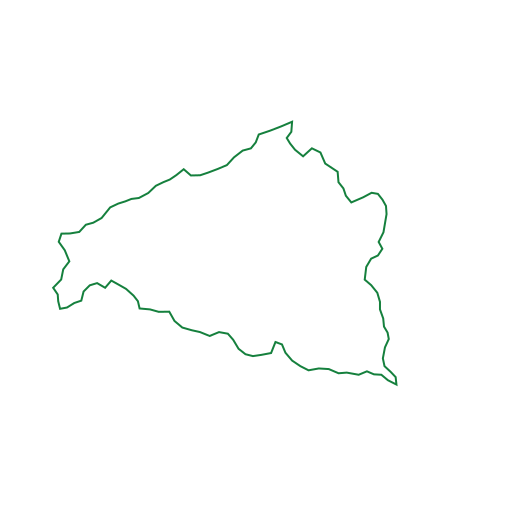 the district of Capela Nova, Minas Gerais, Brazil, rotated 27°
{"feature_id": "56859067B12551134046760", "entity_name": "Capela Nova", "entity_type": "district", "adm_level": 2, "iso_a3": "BRA", "parent_name": "Brazil", "parent_adm1": "Minas Gerais", "projection": "albers", "projection_center": [-43.609, -20.915], "detail": "fine", "context": "isolated", "style": "outline", "palette": "green", "viewbox_px": 512, "rotation_deg": 27, "n_neighbors": 0, "source": "geoboundaries", "source_scale": "gbopen_adm2", "svg_char_len": 1653}
<svg xmlns="http://www.w3.org/2000/svg" viewBox="0 0 512 512"><g transform="rotate(27 256 256)"><path d="M439.5,306.8L435.4,300.5L428.6,298.1L420.5,295.8L415.5,289.6L412.4,278.9L412.0,269.7L408.0,264.5L402.1,260.8L397.7,253.9L390.7,247.3L387.3,240.6L380.8,233.7L371.9,229.7L363.6,227.7L359.2,215.7L359.8,206.1L364.4,200.2L365.3,192.2L358.9,187.8L358.8,177.0L355.8,167.4L353.3,159.4L349.1,152.4L343.1,148.4L336.4,145.3L330.3,147.2L324.8,155.1L316.6,165.0L308.7,161.5L303.2,156.1L296.0,152.8L290.5,143.9L275.7,142.2L266.4,134.5L256.9,134.7L252.7,145.8L242.5,143.6L235.3,140.3L229.8,136.9L231.1,129.3L227.2,120.0L219.5,129.2L211.6,138.0L203.3,146.5L204.2,154.9L202.6,162.4L196.3,168.1L191.6,178.1L188.8,188.2L182.4,195.8L175.4,203.5L169.6,209.4L161.4,213.8L152.2,211.5L148.3,220.1L144.5,227.0L140.0,232.2L134.9,238.9L131.4,248.8L125.3,257.5L119.1,261.7L114.7,266.7L109.5,271.8L104.0,278.9L101.2,292.2L95.9,300.2L90.2,305.4L87.6,314.8L80.0,320.4L72.5,324.4L73.8,332.9L83.0,337.7L92.1,345.5L90.3,355.4L93.1,365.4L89.7,376.4L96.8,380.3L100.3,386.1L105.4,392.0L111.0,387.7L115.4,380.4L120.6,375.1L118.5,365.9L121.2,357.6L126.7,352.3L136.0,352.8L138.2,343.6L146.7,343.9L155.1,344.3L164.9,346.9L171.3,349.9L176.1,355.6L185.8,351.7L194.7,349.9L204.0,345.0L212.9,350.9L222.8,353.2L232.5,351.3L240.6,349.2L251.0,348.3L257.6,340.6L266.2,338.0L273.7,341.0L282.6,346.6L291.2,348.3L298.7,346.6L305.6,341.7L313.5,335.6L312.4,323.8L319.3,323.0L326.1,328.8L335.7,332.8L345.5,334.0L354.7,334.0L363.0,327.7L372.2,323.7L382.8,323.0L389.8,318.7L401.4,315.2L407.2,308.4L414.8,307.9L421.6,304.9L429.9,306.8L439.5,306.8Z" fill="none" stroke="#15803d" stroke-width="2"/></g></svg>